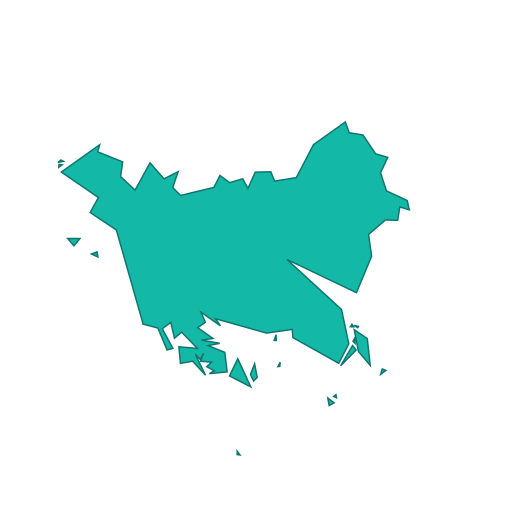 outline of Livingstone, Queensland, Australia, rotated 154°
{"feature_id": "25037944B91391383703186", "entity_name": "Livingstone", "entity_type": "district", "adm_level": 2, "iso_a3": "AUS", "parent_name": "Australia", "parent_adm1": "Queensland", "projection": "albers", "projection_center": [150.606, -22.725], "detail": "medium", "context": "isolated", "style": "filled", "palette": "teal", "viewbox_px": 512, "rotation_deg": 154, "n_neighbors": 0, "source": "geoboundaries", "source_scale": "gbopen_adm2", "svg_char_len": 1957}
<svg xmlns="http://www.w3.org/2000/svg" viewBox="0 0 512 512"><g transform="rotate(154 256 256)"><path d="M155.5,330.9L185.4,308.8L206.4,315.1L205.8,325.2L219.9,331.7L233.6,320.3L234.1,331.2L247.6,333.5L253.1,344.2L263.7,336.1L297.3,343.5L300.8,354.1L289.0,365.9L304.9,365.7L310.4,386.2L335.8,368.2L342.9,386.7L334.6,399.0L352.6,419.0L347.8,424.5L394.2,416.8L372.0,377.6L386.0,367.8L370.1,340.6L387.3,244.2L375.8,234.3L377.1,210.5L371.2,209.4L372.1,231.7L361.7,233.7L365.3,217.9L356.2,220.1L349.2,198.6L365.1,208.2L371.0,192.6L359.0,189.2L353.7,171.0L353.6,194.3L351.4,187.3L345.8,191.6L351.9,185.6L342.5,180.1L348.8,178.1L343.8,171.2L349.5,170.7L332.7,164.5L326.3,183.1L338.3,196.4L326.9,193.4L341.9,204.4L330.8,200.7L339.8,217.1L330.6,218.6L330.0,229.6L318.6,208.9L319.8,217.3L280.3,182.1L255.6,174.1L258.6,166.5L228.7,123.3L211.1,136.3L202.6,170.4L229.7,239.3L181.8,179.0L152.2,205.1L145.4,226.0L123.9,231.7L113.0,226.0L105.2,237.1L98.0,230.3L95.8,239.6L110.2,257.3L107.6,276.2L94.4,286.9L103.7,295.4L106.8,317.9L118.2,325.9L117.0,337.3L155.5,330.9ZM192.2,133.0L200.0,146.7L205.8,125.2L201.3,107.6L192.2,133.0ZM318.1,140.7L317.4,171.7L332.4,159.8L318.1,140.7ZM228.0,120.2L207.2,127.6L208.5,133.2L228.0,120.2ZM406.6,348.9L417.6,354.3L415.2,345.0L406.6,348.9ZM304.5,159.7L312.9,152.0L313.0,144.7L308.2,146.3L304.5,159.7ZM253.7,96.9L255.8,89.5L250.2,89.8L253.7,96.9ZM397.0,329.4L403.0,329.9L398.5,324.4L397.0,329.4ZM202.2,151.1L199.5,149.6L199.7,152.6L202.2,151.1ZM189.4,96.2L192.0,99.1L195.8,95.0L189.4,96.2ZM194.8,147.8L198.5,150.7L196.0,147.0L194.8,147.8ZM389.2,427.8L393.0,426.9L387.6,425.5L389.2,427.8ZM283.0,146.4L280.8,150.0L284.8,147.0L283.0,146.4ZM203.6,138.6L206.2,136.8L205.2,134.1L203.6,138.6ZM357.6,84.2L358.5,88.8L360.0,85.8L357.6,84.2ZM390.3,423.0L392.9,424.6L394.3,422.2L390.3,423.0ZM274.8,171.2L272.5,176.4L276.7,172.2L274.8,171.2ZM245.8,93.3L245.0,96.3L247.8,95.7L245.8,93.3Z" fill="#14b8a6" stroke="#0f766e" stroke-width="1.5"/></g></svg>